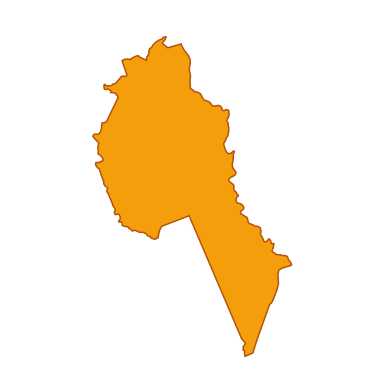 Viancelle, Vieux Fort, Saint Lucia, rotated 199°
{"feature_id": "8701671B99904787478825", "entity_name": "Viancelle", "entity_type": "district", "adm_level": 2, "iso_a3": "LCA", "parent_name": "Saint Lucia", "parent_adm1": "Vieux Fort", "projection": "natural_earth1", "projection_center": [-60.968, 13.815], "detail": "fine", "context": "isolated", "style": "filled", "palette": "amber", "viewbox_px": 384, "rotation_deg": 199, "n_neighbors": 0, "source": "geoboundaries", "source_scale": "gbopen_adm2", "svg_char_len": 6048}
<svg xmlns="http://www.w3.org/2000/svg" viewBox="0 0 384 384"><g transform="rotate(199 192 192)"><path d="M74.1,155.6L75.4,157.2L76.6,158.2L77.2,158.5L77.7,158.6L78.6,159.2L79.4,160.3L80.3,161.5L81.2,162.2L81.7,162.3L82.3,162.0L82.6,162.0L83.1,162.3L83.7,162.1L83.9,161.9L84.5,161.7L85.0,161.5L86.9,161.4L87.6,161.5L88.3,161.4L89.5,160.8L91.3,160.5L92.8,160.5L93.8,161.1L94.4,161.2L95.2,161.3L96.2,161.6L96.8,161.9L97.1,162.4L97.1,165.9L97.6,169.7L97.9,169.8L98.2,169.8L98.5,169.6L99.0,169.5L99.2,169.2L99.5,169.1L99.9,169.1L100.3,169.2L101.0,170.3L101.9,171.7L102.5,172.0L103.3,172.6L104.1,172.7L104.4,172.4L104.6,171.3L105.0,170.1L105.3,169.7L106.1,168.9L107.0,168.5L107.5,168.5L109.3,170.3L110.1,171.3L111.1,172.3L113.0,173.8L113.4,174.3L113.7,174.8L113.7,176.8L113.8,177.2L114.5,178.2L115.0,178.7L115.3,179.8L116.0,180.5L118.0,180.8L119.0,180.9L119.9,180.6L120.6,180.3L121.0,180.2L121.5,180.2L123.2,180.7L124.0,180.8L124.9,180.9L127.2,180.8L128.1,181.1L128.8,181.5L129.4,182.2L129.9,183.4L131.4,185.5L132.1,186.0L133.2,186.1L134.3,186.3L137.4,187.2L138.7,187.3L139.3,188.1L139.4,188.4L139.3,190.4L139.3,190.6L138.4,191.5L137.7,192.7L137.8,194.0L138.2,194.5L139.9,196.0L140.9,196.3L142.7,196.7L143.5,196.7L145.3,196.4L146.3,196.8L146.7,197.1L147.5,198.4L148.0,199.4L147.9,201.8L147.0,203.2L147.0,203.9L147.6,204.2L148.7,204.5L149.2,205.1L149.8,205.9L151.2,206.7L152.3,207.0L152.9,207.6L153.3,208.3L154.1,210.6L154.6,211.9L156.1,212.8L160.1,214.0L160.7,214.4L161.3,215.6L161.3,216.0L161.0,216.9L159.7,219.0L157.9,220.6L156.9,222.1L156.7,222.8L156.6,224.0L157.1,225.3L158.7,226.2L159.9,227.2L161.0,227.7L161.6,228.6L162.3,229.8L162.9,231.2L163.1,233.1L163.8,236.8L164.2,238.0L165.1,240.5L165.1,241.9L165.0,243.2L165.2,244.3L165.8,244.3L166.4,244.0L167.0,242.6L167.6,241.5L169.2,240.4L170.1,240.2L171.2,240.4L172.4,241.1L175.1,243.9L176.0,245.0L177.1,246.8L177.9,248.4L177.3,250.1L177.1,251.9L177.2,253.6L176.5,256.4L176.5,257.0L176.9,259.2L176.9,260.0L177.1,261.7L177.9,264.1L178.7,265.6L179.6,267.0L180.0,268.5L180.2,268.9L181.7,269.9L182.0,270.2L182.3,270.9L182.4,271.5L182.4,271.9L182.4,272.6L182.0,273.5L181.9,274.0L181.9,275.7L182.4,278.2L183.3,279.7L183.5,280.3L183.7,280.7L183.9,281.0L184.4,281.2L185.8,281.2L186.5,281.0L188.0,279.6L188.5,279.3L189.0,279.2L189.4,279.3L189.8,279.4L190.4,279.9L191.0,281.0L191.6,281.5L192.5,282.2L193.9,282.4L194.9,282.5L196.0,282.2L196.6,281.6L197.5,281.1L198.5,280.7L200.4,280.3L201.3,280.5L203.8,282.2L205.3,282.9L208.2,283.0L209.4,282.8L210.4,282.9L210.9,283.1L212.1,284.0L215.1,286.8L216.3,287.7L218.7,288.2L220.2,288.2L221.0,287.9L221.7,287.7L222.2,287.8L223.1,288.1L224.4,288.8L226.3,289.1L227.1,289.1L228.2,292.0L230.2,296.9L231.2,301.3L232.6,303.8L233.7,305.3L234.8,308.3L235.6,313.5L236.8,316.5L239.7,319.7L245.7,323.7L249.9,327.5L250.4,328.5L261.8,320.5L268.4,322.8L268.2,324.7L267.9,325.5L267.1,326.9L267.0,327.3L267.0,328.6L266.9,330.1L268.0,330.1L268.8,329.5L269.7,328.5L269.9,327.5L270.3,326.7L271.9,325.6L273.0,324.5L273.4,323.7L274.6,322.6L275.2,321.6L276.9,317.9L276.9,316.5L278.1,314.4L278.8,313.6L278.8,313.1L278.6,312.0L278.6,310.6L277.9,309.1L278.0,308.0L278.1,306.4L278.7,304.8L278.7,303.8L278.1,302.4L278.1,301.7L284.7,302.4L286.0,302.9L286.6,303.2L287.3,303.3L288.1,302.9L289.0,302.4L289.7,301.6L290.6,300.9L291.4,300.0L292.5,298.8L293.1,297.9L293.3,297.2L294.1,297.1L296.7,296.6L298.7,295.6L299.8,294.6L300.9,293.4L291.7,281.5L291.7,281.4L291.9,280.1L293.1,279.4L294.1,279.4L295.6,278.8L296.9,277.4L297.3,275.2L298.6,273.1L299.0,270.7L300.0,269.4L302.4,267.9L302.3,267.5L302.3,267.0L302.5,266.7L302.8,266.3L303.6,265.8L305.2,265.4L307.1,264.7L307.8,264.6L308.3,264.7L308.9,265.2L309.2,265.3L309.7,265.3L309.8,265.1L309.9,264.7L309.9,263.8L308.8,261.4L308.3,260.9L307.5,260.7L306.7,260.8L306.4,260.9L306.2,261.1L305.5,261.8L305.1,261.9L304.5,261.9L303.8,261.8L302.4,261.5L301.4,261.0L301.2,260.7L301.2,259.6L300.4,259.9L298.2,260.2L297.3,260.5L296.2,260.4L295.2,259.3L293.6,258.6L293.2,258.3L293.0,257.8L292.6,257.6L295.7,230.9L297.2,229.1L299.6,227.9L298.3,222.6L298.1,219.1L298.9,216.6L300.4,215.6L302.4,215.3L303.8,213.9L303.9,212.4L300.9,210.4L297.3,208.7L296.1,208.0L295.7,203.8L294.0,200.3L293.5,198.1L292.6,197.1L290.6,197.0L287.4,194.7L286.5,193.6L286.9,191.9L288.1,190.8L288.0,191.2L289.5,189.7L290.1,189.3L291.5,189.1L292.2,188.7L292.5,188.3L292.5,187.9L292.3,187.2L291.9,186.4L291.2,185.5L290.9,185.2L289.0,184.1L288.6,184.0L287.6,183.8L286.4,182.7L284.7,180.4L283.6,178.7L282.5,177.5L280.5,175.0L279.1,173.5L278.7,172.7L278.4,171.8L278.3,171.4L277.6,170.5L276.4,169.6L275.4,169.1L275.1,169.0L273.9,169.0L273.5,168.9L273.1,168.7L273.0,168.4L273.1,167.2L273.0,165.9L272.8,165.1L272.4,164.4L272.1,164.1L271.3,163.6L270.6,163.1L269.7,162.0L269.1,161.2L268.3,160.3L268.2,160.1L267.2,159.2L266.1,158.1L264.7,156.2L264.1,155.6L263.8,155.6L263.4,155.1L263.1,154.2L262.7,153.7L261.6,152.7L260.0,151.6L258.6,150.3L258.6,149.8L258.9,149.0L258.8,147.3L258.7,147.1L257.9,146.2L257.3,145.7L257.1,145.7L256.7,145.8L256.1,146.2L255.1,147.1L254.8,147.2L254.5,147.2L253.3,146.6L252.1,145.5L251.6,144.6L251.2,143.2L251.3,142.4L252.0,140.7L251.7,140.3L251.0,139.9L250.5,139.9L249.9,140.1L249.1,140.7L248.7,140.6L248.1,140.0L247.7,139.4L247.4,138.6L247.2,137.7L243.4,137.5L242.6,138.2L241.2,138.2L240.5,137.8L239.4,136.9L237.6,136.9L236.8,136.1L236.0,135.8L235.3,135.9L233.6,137.2L232.1,137.2L230.4,137.0L229.2,136.8L227.6,137.0L224.9,138.0L223.5,137.7L222.2,137.8L220.8,137.0L219.9,136.2L218.5,136.0L217.5,136.4L216.8,136.2L215.8,135.2L212.6,135.1L211.1,135.6L210.2,137.0L210.1,137.6L209.5,137.8L209.3,137.7L209.4,139.2L209.9,142.3L210.1,144.9L209.6,149.6L187.0,168.6L97.1,69.2L92.5,66.7L92.5,64.5L93.2,62.4L93.0,61.4L92.1,59.1L90.9,59.1L90.4,58.4L89.6,55.9L88.3,53.9L82.0,59.6L82.4,71.2L82.3,75.1L82.4,77.9L82.3,83.8L82.0,111.1L81.1,112.4L80.6,113.5L80.2,116.9L79.8,126.1L80.2,131.5L80.4,133.5L83.4,141.0L84.1,142.3L84.1,143.9L84.5,146.6L82.9,148.2L82.2,149.2L81.5,149.7L81.0,150.2L79.6,151.1L77.4,152.8L75.0,154.3L74.1,155.6Z" fill="#f59e0b" stroke="#b45309" stroke-width="1.5"/></g></svg>